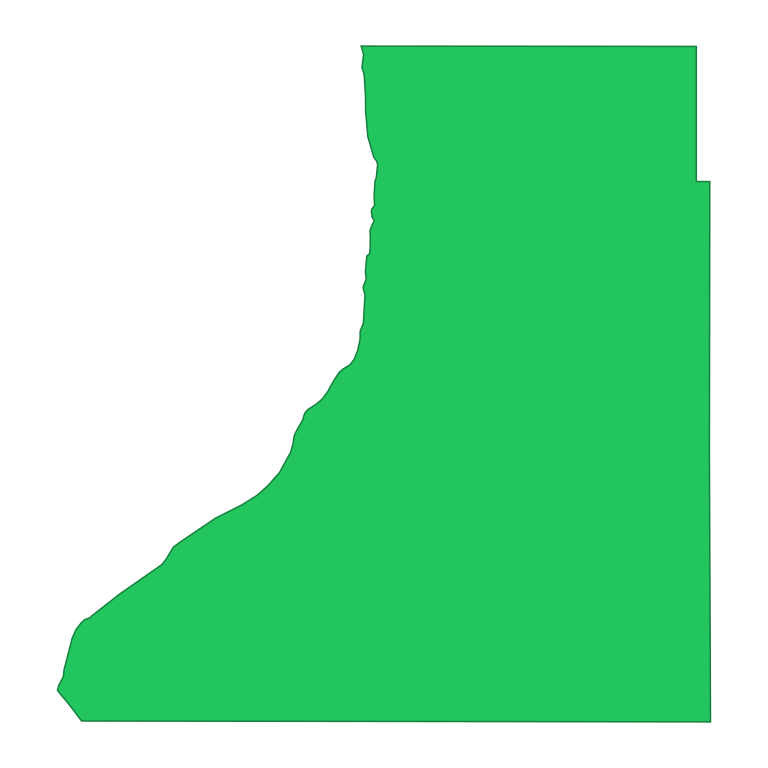 Traverse, Minnesota, United States of America (Mercator projection)
{"feature_id": "52423323B7501657464263", "entity_name": "Traverse", "entity_type": "district", "adm_level": 2, "iso_a3": "USA", "parent_name": "United States of America", "parent_adm1": "Minnesota", "projection": "mercator", "projection_center": [-96.623, 45.804], "detail": "fine", "context": "isolated", "style": "filled", "palette": "green", "viewbox_px": 768, "rotation_deg": 0, "n_neighbors": 0, "source": "geoboundaries", "source_scale": "gbopen_adm2", "svg_char_len": 1118}
<svg xmlns="http://www.w3.org/2000/svg" viewBox="0 0 768 768"><path d="M709.4,452.6L709.8,181.6L696.3,181.5L696.3,46.4L361.1,46.1L363.6,54.3L361.9,67.6L363.8,73.2L364.3,76.5L365.5,96.2L365.6,110.8L367.8,136.6L373.8,157.2L376.7,161.3L377.6,164.5L376.3,177.8L375.1,180.6L374.1,194.6L374.4,202.6L374.7,205.0L371.9,209.1L371.4,211.0L372.0,216.9L373.0,218.5L374.2,220.7L371.2,227.0L370.0,230.8L370.3,237.4L370.1,249.0L369.5,253.9L366.8,256.0L365.4,271.8L366.2,279.0L363.2,286.8L363.5,289.6L365.0,294.9L363.3,323.6L361.2,328.5L360.1,331.6L360.1,339.1L357.7,350.4L354.1,359.4L349.8,364.9L343.2,368.9L339.4,372.1L333.8,380.5L327.6,391.8L322.3,399.0L316.2,404.2L308.5,409.1L305.8,411.7L304.1,414.8L302.9,419.6L296.3,431.1L294.0,436.6L293.0,443.9L290.5,452.5L279.4,472.7L268.2,485.3L257.4,495.1L241.6,505.0L215.8,518.0L179.2,542.7L173.5,547.0L166.1,559.1L162.1,564.4L119.7,594.0L91.6,616.0L90.3,617.6L84.6,619.7L81.2,622.9L75.9,629.7L72.1,638.5L64.1,669.6L63.3,676.7L58.7,685.6L57.5,690.4L61.9,696.0L66.5,701.2L72.0,708.3L72.4,708.8L81.6,721.0L710.5,721.9L709.4,452.6Z" fill="#22c55e" stroke="#15803d" stroke-width="1.5"/></svg>